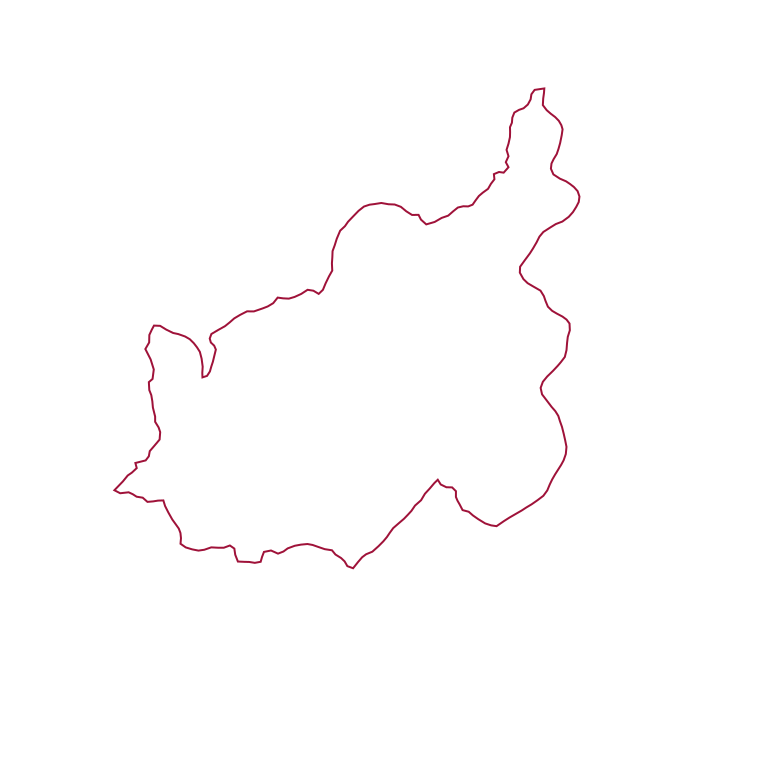 Ibiraci, Minas Gerais, Brazil (Natural Earth projection), rotated 60°
{"feature_id": "56859067B62702129343904", "entity_name": "Ibiraci", "entity_type": "district", "adm_level": 2, "iso_a3": "BRA", "parent_name": "Brazil", "parent_adm1": "Minas Gerais", "projection": "natural_earth1", "projection_center": [-47.123, -20.39], "detail": "fine", "context": "isolated", "style": "outline", "palette": "rose", "viewbox_px": 768, "rotation_deg": 60, "n_neighbors": 0, "source": "geoboundaries", "source_scale": "gbopen_adm2", "svg_char_len": 3787}
<svg xmlns="http://www.w3.org/2000/svg" viewBox="0 0 768 768"><g transform="rotate(60 384 384)"><path d="M439.1,615.3L442.8,609.6L445.7,604.6L446.8,598.2L451.7,595.9L457.5,598.2L464.7,599.3L468.1,594.0L470.8,589.6L474.3,585.3L476.3,579.7L472.8,576.1L469.4,571.9L471.7,565.1L477.9,560.6L478.8,554.8L478.2,549.6L479.5,542.1L481.6,536.2L484.3,530.3L487.7,526.3L491.9,522.7L497.4,517.9L502.0,512.2L507.4,511.3L513.2,508.2L517.9,506.8L523.4,506.8L528.1,502.9L525.2,495.5L523.1,489.5L522.5,484.6L523.4,477.9L521.7,469.8L519.9,463.2L518.0,458.0L515.8,453.5L513.4,448.1L511.9,440.4L510.7,434.0L509.2,428.8L507.6,423.7L504.8,417.9L503.2,410.0L499.5,403.4L497.4,396.7L495.0,390.0L493.8,385.3L499.4,385.1L504.6,381.6L507.6,376.7L512.8,375.3L517.8,378.2L521.9,378.7L526.0,378.7L532.5,379.0L537.0,374.5L542.3,372.7L548.1,370.0L555.3,366.1L560.0,361.9L563.4,357.6L562.7,348.7L562.4,342.1L562.4,335.7L562.4,327.9L562.1,322.6L562.0,316.3L561.4,309.2L560.5,301.9L557.8,295.8L553.9,290.7L550.7,286.0L547.7,280.8L545.1,275.8L542.6,271.0L539.9,266.6L535.6,261.6L529.7,257.4L523.2,255.2L516.8,253.2L510.1,251.3L504.1,250.2L498.8,249.0L493.2,249.2L487.6,250.3L479.7,251.3L472.0,252.3L465.7,250.3L461.5,245.3L459.1,238.9L457.1,231.0L455.1,224.4L453.5,219.9L451.0,213.9L445.9,209.0L439.8,204.8L435.1,201.3L430.4,196.2L424.4,193.1L419.5,193.7L414.9,195.7L409.3,199.2L404.7,201.8L399.0,203.4L392.9,202.6L387.8,201.6L381.4,201.8L376.9,204.4L373.1,206.6L368.5,209.2L362.9,210.8L355.5,210.7L350.5,207.5L347.0,199.7L343.8,192.3L341.2,187.3L337.6,181.0L334.1,175.7L332.0,170.0L331.6,162.0L331.4,155.2L332.5,148.3L331.6,140.4L329.6,134.4L326.7,128.9L323.8,124.4L319.4,121.0L313.8,119.9L308.5,121.0L303.8,122.9L299.5,125.0L294.1,129.0L287.2,132.5L281.0,131.8L276.8,128.7L274.1,124.7L271.2,119.4L267.7,115.4L263.4,111.0L257.4,105.7L252.7,102.0L248.5,101.0L243.5,101.0L238.4,102.3L233.4,104.4L228.2,106.2L221.9,107.0L216.4,103.4L211.9,99.9L208.2,97.4L204.6,106.5L206.8,111.5L210.8,114.7L213.9,119.7L215.0,125.3L214.1,130.0L214.1,135.4L217.5,139.7L221.7,142.6L224.6,146.5L229.0,148.9L233.2,151.5L238.1,156.0L242.5,160.8L249.0,162.3L252.8,167.6L258.5,167.8L260.8,174.7L257.9,178.4L257.2,183.9L261.9,186.0L264.1,191.3L267.0,196.3L267.7,202.9L268.6,207.8L270.7,212.7L273.0,217.6L272.3,222.3L269.7,226.5L268.1,231.8L269.0,237.6L270.3,244.2L269.0,251.0L269.0,259.1L266.9,267.6L260.1,269.8L254.8,269.5L251.6,275.2L245.5,278.4L239.0,280.8L233.9,285.0L230.6,290.2L225.9,295.8L223.4,302.3L221.5,306.8L220.3,312.6L221.3,319.4L223.4,326.8L225.5,334.0L227.8,338.9L229.3,345.3L234.6,352.3L239.3,357.4L243.2,362.1L248.3,365.3L253.5,368.8L259.9,372.1L263.2,377.7L267.6,384.2L271.9,389.8L273.3,395.5L267.9,398.5L264.2,403.1L264.6,410.6L263.9,417.9L262.5,423.7L259.4,428.5L256.0,432.9L258.6,439.5L258.7,445.9L257.9,451.1L256.1,460.3L252.6,466.3L252.2,474.0L252.3,480.9L253.5,486.9L254.4,492.7L254.3,500.9L254.4,508.5L257.5,512.2L261.5,513.2L265.9,511.9L270.1,512.4L274.8,516.9L279.2,521.1L282.5,524.8L286.1,528.5L288.5,533.2L287.5,537.9L283.5,535.8L278.4,532.4L270.9,529.3L264.1,527.4L258.8,527.6L253.6,528.3L248.1,529.8L243.4,532.5L237.9,537.2L234.4,541.1L228.0,545.4L221.7,548.8L218.4,554.0L220.9,558.0L224.2,562.7L230.6,566.6L234.4,573.2L246.0,573.8L256.3,576.1L263.9,581.9L264.8,586.7L271.9,590.3L277.3,591.1L283.2,593.3L288.8,595.9L297.8,598.5L302.3,601.1L308.9,600.9L313.8,601.9L319.9,606.1L322.7,613.8L325.0,620.4L329.0,623.8L331.0,628.6L328.1,638.8L333.2,640.2L334.7,646.7L335.1,651.7L337.8,658.8L341.2,670.6L346.7,667.1L350.1,659.3L353.8,656.7L357.9,654.6L361.8,649.8L367.8,647.8L370.2,642.7L372.0,638.0L374.5,633.3L380.2,634.6L387.3,635.0L395.5,635.1L401.4,634.5L406.6,634.0L411.3,634.8L416.0,636.9L420.6,640.1L426.4,637.4L431.3,632.8L435.5,628.0L437.7,622.5L439.1,615.3Z" fill="none" stroke="#9f1239" stroke-width="2"/></g></svg>